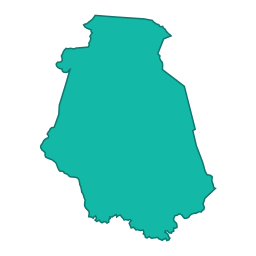 Presidente Jânio Quadros, Bahia, Brazil
{"feature_id": "56859067B35100201020148", "entity_name": "Presidente Jânio Quadros", "entity_type": "district", "adm_level": 2, "iso_a3": "BRA", "parent_name": "Brazil", "parent_adm1": "Bahia", "projection": "orthographic", "projection_center": [-41.74, -14.693], "detail": "fine", "context": "isolated", "style": "filled", "palette": "teal", "viewbox_px": 256, "rotation_deg": 0, "n_neighbors": 0, "source": "geoboundaries", "source_scale": "gbopen_adm2", "svg_char_len": 3143}
<svg xmlns="http://www.w3.org/2000/svg" viewBox="0 0 256 256"><path d="M144.0,18.9L114.4,16.9L95.2,15.4L93.8,17.4L92.5,19.2L90.7,20.7L88.8,22.0L87.6,23.2L86.4,23.9L84.9,24.1L83.6,24.9L85.0,27.0L86.8,28.1L88.4,28.8L91.3,29.9L91.1,31.8L92.2,32.9L90.9,34.7L89.9,36.5L90.8,38.0L90.5,40.2L89.8,41.7L88.9,42.9L89.2,45.3L88.1,47.1L75.9,48.1L74.0,49.0L71.8,48.5L70.1,48.3L68.4,48.8L66.1,48.4L64.6,49.8L63.3,51.8L62.6,53.7L61.4,55.9L62.1,58.3L62.2,60.4L61.0,61.8L59.5,62.2L57.6,62.2L56.2,64.0L56.5,65.7L57.7,67.3L60.2,68.8L62.0,68.9L62.3,70.9L63.7,72.2L66.1,72.5L67.7,72.0L68.5,70.7L70.0,69.5L65.9,83.8L59.3,105.3L58.8,114.4L54.2,127.3L51.9,127.6L50.4,128.6L49.6,130.5L48.3,132.0L47.2,134.1L48.7,135.9L48.3,137.7L46.6,138.4L44.8,139.5L43.5,141.0L42.9,142.5L42.1,143.8L41.2,145.0L40.6,146.4L40.9,148.1L42.0,149.9L43.7,151.3L45.2,152.7L45.0,154.9L45.6,157.0L47.3,157.9L49.4,158.8L52.0,159.7L54.2,161.4L55.6,162.4L56.9,164.9L57.3,166.5L58.0,168.0L58.7,169.6L59.8,171.1L62.2,171.2L63.6,171.8L64.3,173.1L65.9,173.7L67.7,174.4L68.6,175.6L70.0,176.7L72.1,177.0L74.4,177.1L75.8,177.4L77.7,178.0L79.1,180.2L79.5,182.4L79.9,184.8L80.9,187.1L81.2,188.8L81.5,190.2L81.7,192.0L82.9,193.7L83.5,195.5L84.1,197.6L84.8,199.1L85.1,200.6L84.8,202.7L84.6,204.2L84.7,205.9L85.7,208.0L87.6,210.0L89.1,211.6L89.1,214.1L88.7,216.7L91.7,217.1L93.2,218.2L94.0,216.9L95.6,216.0L96.6,218.4L95.0,220.0L96.8,221.5L98.1,220.7L99.5,220.2L100.3,221.7L102.0,222.8L104.0,221.6L105.7,221.9L107.0,223.1L108.8,222.1L108.8,219.5L110.3,218.4L109.9,216.9L112.1,217.0L114.3,215.5L116.1,214.6L116.7,217.0L118.5,215.6L120.3,215.1L121.7,216.9L123.3,218.6L124.1,220.0L125.7,219.6L128.2,220.2L129.9,219.5L131.3,220.6L129.9,222.0L129.2,223.4L130.1,225.4L131.1,228.0L133.2,227.3L134.6,228.3L136.0,230.0L137.5,229.6L140.2,230.5L143.1,230.1L143.9,232.1L143.3,233.9L144.9,234.9L145.4,237.3L147.0,238.0L149.2,236.5L150.4,237.6L151.7,238.3L153.5,237.9L155.8,237.7L157.7,237.4L158.8,238.8L160.8,239.6L162.1,240.3L163.6,239.4L165.6,238.4L166.9,240.6L168.9,239.9L169.9,238.1L168.7,236.7L168.2,235.0L167.3,233.8L166.2,232.8L164.9,232.3L165.3,230.9L167.4,230.9L169.1,232.8L171.3,233.2L172.2,231.7L173.7,231.2L173.7,228.1L175.5,228.1L177.0,227.5L177.0,225.6L176.5,223.3L175.2,222.1L173.9,220.7L173.6,218.7L174.2,217.3L175.0,215.6L177.3,215.2L178.5,214.2L180.2,214.0L182.1,215.3L183.2,217.0L184.4,218.3L186.5,218.2L188.6,217.4L189.9,215.4L191.6,214.1L193.7,213.4L196.2,213.2L197.7,212.4L199.1,211.7L201.1,212.0L202.2,210.7L203.8,209.5L204.3,207.6L203.8,205.8L203.0,204.0L203.7,202.0L204.4,200.0L204.7,198.5L215.4,188.4L213.9,187.7L213.4,186.0L213.1,184.3L212.2,182.1L211.8,180.1L212.1,178.6L212.1,176.6L210.5,175.4L208.8,175.0L207.0,174.7L205.1,171.2L204.6,169.4L203.3,164.6L202.6,162.2L196.4,145.9L192.8,130.7L195.2,129.3L185.5,91.0L184.3,86.3L162.4,69.6L162.5,68.0L162.6,66.2L162.6,64.1L162.1,62.1L161.1,61.0L160.2,59.6L159.5,57.5L160.0,56.0L157.8,53.7L159.3,49.8L163.7,38.8L171.1,35.9L170.0,34.7L168.6,33.9L167.6,32.7L166.1,31.1L165.1,29.2L163.2,27.9L162.7,26.4L161.0,26.7L159.6,26.2L158.7,24.6L156.7,24.1L155.3,23.2L153.7,22.1L152.3,20.4L144.0,18.9Z" fill="#14b8a6" stroke="#0f766e" stroke-width="1.5"/></svg>